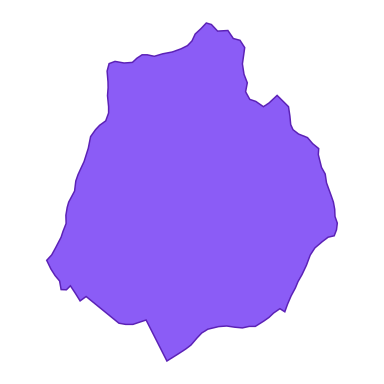 Ribeirão do Sul, São Paulo, Brazil
{"feature_id": "56859067B13844960730737", "entity_name": "Ribeirão do Sul", "entity_type": "district", "adm_level": 2, "iso_a3": "BRA", "parent_name": "Brazil", "parent_adm1": "São Paulo", "projection": "natural_earth1", "projection_center": [-49.921, -22.748], "detail": "fine", "context": "isolated", "style": "filled", "palette": "violet", "viewbox_px": 384, "rotation_deg": 0, "n_neighbors": 0, "source": "geoboundaries", "source_scale": "gbopen_adm2", "svg_char_len": 1499}
<svg xmlns="http://www.w3.org/2000/svg" viewBox="0 0 384 384"><path d="M46.7,260.3L50.9,269.0L55.1,275.6L59.6,281.0L61.1,289.6L66.4,289.8L70.4,285.8L75.1,292.9L80.1,300.9L86.1,296.5L118.9,323.2L125.7,324.4L132.9,324.4L146.1,320.0L166.9,361.0L180.1,352.7L185.9,348.9L190.9,345.1L197.0,338.0L201.7,333.0L207.8,329.2L218.6,326.6L226.7,326.0L234.8,327.2L242.4,327.9L249.2,326.4L255.3,326.4L263.9,321.0L269.0,317.4L273.5,313.1L279.9,308.7L284.8,311.8L287.5,304.3L291.1,295.9L295.4,287.9L298.0,281.6L302.0,274.6L306.4,265.3L310.2,255.1L314.9,247.9L322.2,241.7L328.1,237.2L334.2,235.8L336.5,229.8L337.3,223.1L335.0,216.5L334.7,209.3L333.4,202.1L331.3,196.0L326.5,182.8L325.2,174.0L321.5,167.4L318.3,154.6L318.7,148.6L312.6,143.6L307.5,137.6L298.5,134.0L293.0,129.7L290.7,124.6L289.9,116.1L288.5,106.7L283.8,102.0L277.1,95.4L269.0,103.0L263.4,106.7L255.8,101.4L249.8,99.4L245.6,91.8L247.3,82.8L244.0,74.3L242.4,63.9L243.7,54.8L244.7,47.6L240.0,40.3L233.3,38.5L227.9,30.5L217.6,31.1L211.4,24.5L206.3,23.0L200.9,28.7L195.2,34.0L192.0,40.9L187.5,45.6L181.1,48.8L172.2,52.0L162.7,53.8L154.3,56.3L147.2,54.8L142.1,54.8L136.9,58.2L132.4,62.4L124.1,63.0L115.0,61.4L109.1,63.6L107.1,71.1L108.0,81.9L108.1,87.8L107.5,95.7L108.6,106.7L108.6,113.0L105.7,120.9L99.6,125.3L95.5,129.7L90.6,136.6L88.3,148.2L84.1,161.5L81.2,167.7L78.0,174.7L75.8,181.0L74.6,191.0L68.7,202.1L67.2,207.4L65.9,215.2L66.1,223.5L63.0,231.4L61.1,237.2L55.8,247.4L51.7,254.9L46.7,260.3Z" fill="#8b5cf6" stroke="#5b21b6" stroke-width="1.5"/></svg>